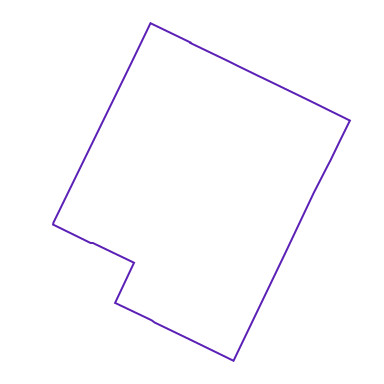 Sedgwick, Kansas, United States of America, rotated 296°
{"feature_id": "52423323B55093132194862", "entity_name": "Sedgwick", "entity_type": "district", "adm_level": 2, "iso_a3": "USA", "parent_name": "United States of America", "parent_adm1": "Kansas", "projection": "natural_earth1", "projection_center": [-97.425, 37.693], "detail": "fine", "context": "isolated", "style": "outline", "palette": "violet", "viewbox_px": 384, "rotation_deg": 296, "n_neighbors": 0, "source": "geoboundaries", "source_scale": "gbopen_adm2", "svg_char_len": 492}
<svg xmlns="http://www.w3.org/2000/svg" viewBox="0 0 384 384"><g transform="rotate(296 192 192)"><path d="M58.5,303.3L178.0,302.6L244.8,301.8L274.5,302.4L281.5,302.6L303.0,302.5L325.4,302.6L325.5,280.4L325.6,258.2L325.5,213.9L325.4,199.1L325.4,184.3L325.4,176.8L325.5,169.4L325.2,125.2L325.7,125.2L325.5,80.7L280.5,80.9L103.6,80.9L101.8,81.4L101.7,123.1L102.7,125.2L103.0,170.9L58.6,171.5L59.0,212.0L58.3,215.7L58.5,258.8L58.5,303.3Z" fill="none" stroke="#5b21b6" stroke-width="2"/></g></svg>